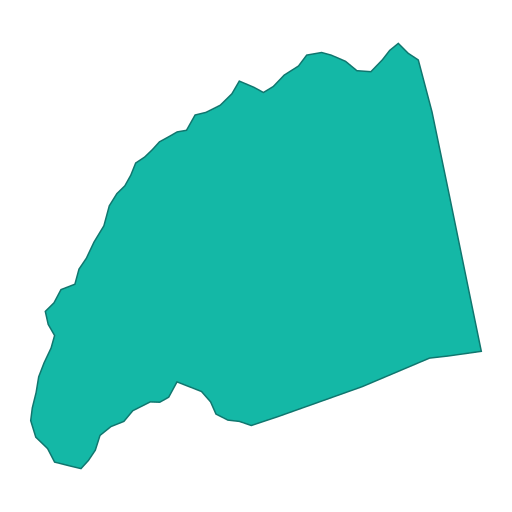 Atalanta, Santa Catarina, Brazil (Equal Earth projection)
{"feature_id": "56859067B17300048958719", "entity_name": "Atalanta", "entity_type": "district", "adm_level": 2, "iso_a3": "BRA", "parent_name": "Brazil", "parent_adm1": "Santa Catarina", "projection": "equal_earth", "projection_center": [-49.763, -27.436], "detail": "fine", "context": "isolated", "style": "filled", "palette": "teal", "viewbox_px": 512, "rotation_deg": 0, "n_neighbors": 0, "source": "geoboundaries", "source_scale": "gbopen_adm2", "svg_char_len": 1028}
<svg xmlns="http://www.w3.org/2000/svg" viewBox="0 0 512 512"><path d="M201.5,391.5L210.6,401.9L216.0,414.1L227.9,420.1L239.3,421.4L251.3,425.5L277.7,416.7L362.3,386.6L429.5,358.1L448.1,356.0L481.3,351.3L468.5,289.1L449.5,196.2L432.0,111.9L418.3,60.0L408.2,53.3L398.3,43.4L389.7,50.4L382.4,59.8L370.9,71.7L356.9,70.7L345.5,61.3L331.1,55.1L321.6,52.5L306.7,55.1L298.5,66.0L284.2,75.1L273.3,86.5L263.4,92.5L253.9,87.3L239.3,81.1L231.9,93.8L220.3,105.2L205.9,112.4L195.1,115.0L186.5,130.3L177.2,131.9L168.1,137.1L159.5,141.8L152.2,149.8L144.6,157.1L135.7,163.0L130.8,175.2L124.8,185.9L116.9,193.6L109.3,205.8L103.9,225.8L94.0,242.1L86.4,258.2L79.0,269.1L74.9,284.2L61.0,289.6L54.0,302.8L45.3,311.4L48.2,324.4L54.6,335.5L51.1,348.0L44.1,362.8L38.7,376.8L36.1,392.6L32.3,407.9L30.7,420.6L35.8,437.2L47.6,448.6L54.6,462.1L70.1,466.0L81.0,468.6L88.4,460.5L95.3,450.2L100.0,435.4L110.9,426.6L123.9,421.4L132.8,410.7L150.2,401.9L159.8,402.2L168.7,397.2L177.0,381.9L201.5,391.5Z" fill="#14b8a6" stroke="#0f766e" stroke-width="1.5"/></svg>